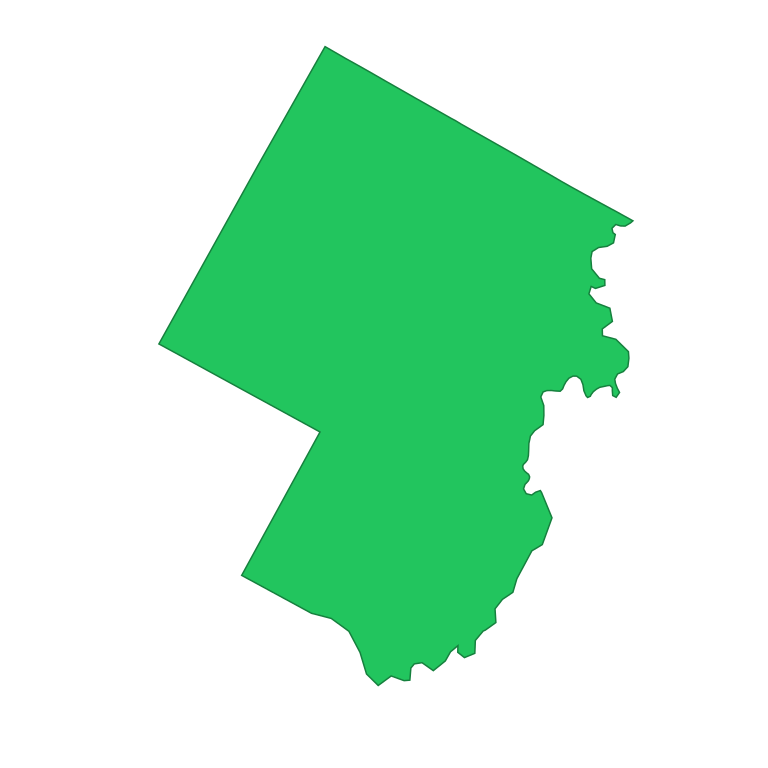 outline of McKenzie, North Dakota, United States of America, rotated 119°
{"feature_id": "52423323B35448642149911", "entity_name": "McKenzie", "entity_type": "district", "adm_level": 2, "iso_a3": "USA", "parent_name": "United States of America", "parent_adm1": "North Dakota", "projection": "albers", "projection_center": [-103.467, 47.736], "detail": "fine", "context": "isolated", "style": "filled", "palette": "green", "viewbox_px": 768, "rotation_deg": 119, "n_neighbors": 0, "source": "geoboundaries", "source_scale": "gbopen_adm2", "svg_char_len": 2019}
<svg xmlns="http://www.w3.org/2000/svg" viewBox="0 0 768 768"><g transform="rotate(119 384 384)"><path d="M619.7,336.2L614.6,316.5L617.3,294.8L630.4,274.8L646.1,258.7L650.5,242.9L635.9,236.2L633.7,222.6L630.5,217.8L619.4,222.8L614.1,221.8L609.3,215.6L610.8,201.9L596.5,196.1L586.0,196.0L577.0,192.5L582.9,189.4L584.3,181.0L575.5,174.0L564.0,179.8L552.0,177.5L550.2,176.1L538.4,170.5L526.8,177.9L514.9,176.0L503.7,170.3L489.9,173.4L465.9,173.7L458.2,173.8L447.7,167.7L419.6,172.2L402.5,193.6L401.4,195.6L405.2,199.0L409.5,201.0L411.0,206.4L408.1,211.1L403.5,212.0L400.8,211.3L398.6,210.8L396.4,211.0L394.6,211.6L392.9,213.8L392.6,216.0L392.0,218.7L390.7,221.3L388.3,223.0L386.4,223.0L383.8,222.2L380.6,221.8L376.6,223.0L372.5,225.0L369.0,226.8L365.7,228.5L361.7,229.7L358.6,230.7L351.8,229.6L342.4,225.2L334.0,228.9L325.4,233.8L319.3,240.6L313.8,241.0L310.8,238.4L308.5,234.4L306.9,230.5L304.9,226.4L301.7,225.4L297.8,225.9L293.7,225.9L289.3,225.1L285.5,222.6L283.7,219.3L284.4,214.1L288.1,209.7L293.0,205.9L296.4,201.5L297.1,199.4L294.7,197.6L292.7,197.7L289.3,197.2L285.5,195.7L282.3,193.7L279.9,190.9L277.0,187.6L275.7,185.7L276.5,182.5L279.1,181.1L283.2,178.4L283.1,174.5L277.2,173.9L274.6,177.9L271.3,181.8L267.9,184.5L262.0,184.6L257.1,180.7L250.6,179.1L242.7,182.3L237.2,185.9L232.5,202.9L235.9,216.3L230.0,219.8L218.5,214.6L208.2,223.2L210.2,237.7L205.8,248.5L198.2,250.1L197.9,245.4L190.7,238.6L185.7,241.5L187.1,246.9L182.6,258.2L173.7,264.1L167.3,266.2L160.6,262.5L155.4,255.6L149.3,251.7L141.1,254.2L140.7,257.1L137.3,260.1L132.1,258.6L131.1,253.8L129.0,249.7L123.6,246.5L120.6,245.4L120.6,247.2L120.6,258.5L120.6,267.5L120.7,270.2L120.9,301.2L120.9,316.5L120.8,327.4L120.4,345.2L120.4,346.7L120.4,347.8L119.9,377.6L119.3,442.5L119.0,449.2L119.1,454.1L118.7,496.3L118.3,530.4L118.1,541.6L117.9,563.3L117.9,563.5L117.9,575.2L117.6,592.0L117.5,598.1L117.5,599.1L253.8,600.2L458.1,600.3L458.0,588.8L457.0,416.7L569.8,416.0L620.4,415.7L619.7,336.2Z" fill="#22c55e" stroke="#15803d" stroke-width="1.5"/></g></svg>